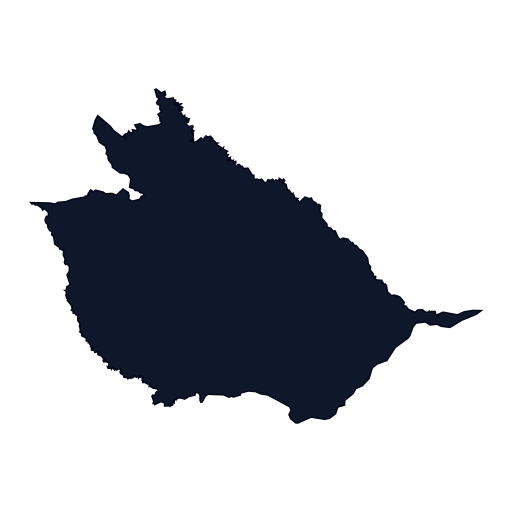 Maní, Casanare, Colombia
{"feature_id": "7082276B29021161154313", "entity_name": "Maní", "entity_type": "district", "adm_level": 2, "iso_a3": "COL", "parent_name": "Colombia", "parent_adm1": "Casanare", "projection": "mercator", "projection_center": [-72.273, 4.724], "detail": "fine", "context": "isolated", "style": "filled", "palette": "ink", "viewbox_px": 512, "rotation_deg": 0, "n_neighbors": 0, "source": "geoboundaries", "source_scale": "gbopen_adm2", "svg_char_len": 6016}
<svg xmlns="http://www.w3.org/2000/svg" viewBox="0 0 512 512"><path d="M289.0,414.7L290.7,418.8L295.9,423.0L298.2,422.9L311.1,417.1L324.6,419.3L329.5,418.3L335.6,413.7L337.7,407.1L344.6,405.1L344.7,400.4L353.2,393.5L355.8,388.6L362.5,385.6L369.1,378.5L372.2,368.1L376.8,364.2L386.9,360.5L395.3,347.4L407.8,338.3L409.9,335.6L412.8,327.2L416.0,323.1L425.4,321.9L430.1,325.0L437.0,324.2L441.3,326.3L450.1,327.4L461.6,320.3L476.2,314.3L481.3,310.6L473.1,310.4L464.2,311.8L457.4,314.8L443.0,312.2L437.9,314.4L438.6,315.1L436.3,314.9L438.0,316.0L437.0,316.4L435.8,315.3L435.3,311.8L434.1,311.2L433.7,312.0L431.8,311.3L431.0,312.2L429.2,311.1L428.6,312.1L425.8,312.3L422.2,309.6L417.6,310.0L415.2,312.3L408.5,309.4L405.7,305.9L403.3,306.2L404.2,302.3L400.0,297.1L396.9,295.7L396.5,296.9L394.9,295.1L391.4,295.5L387.5,291.9L386.4,285.1L385.4,285.1L385.1,283.9L383.8,284.8L382.9,282.2L381.7,281.9L381.9,280.4L376.9,279.9L375.2,278.8L375.7,276.5L373.1,276.2L373.3,273.9L370.1,269.7L370.5,266.7L368.4,264.1L367.6,258.2L362.3,250.7L359.2,249.3L356.3,245.6L354.2,245.4L352.7,242.6L350.8,242.5L347.8,239.1L342.9,238.1L340.1,239.7L337.6,236.6L335.2,230.9L332.8,231.0L330.8,228.1L327.0,227.2L327.0,224.2L321.6,217.9L321.9,213.6L319.9,211.4L320.5,205.4L318.9,204.3L316.8,204.8L316.5,203.4L312.6,200.9L311.4,198.0L309.1,198.6L305.0,197.0L300.1,201.7L300.5,202.8L299.7,202.7L298.4,200.8L296.6,200.3L298.0,198.6L294.7,197.8L293.8,194.9L292.7,194.7L293.0,193.4L291.8,194.0L289.0,190.0L287.4,189.8L286.0,184.4L283.1,182.7L284.7,180.7L283.6,179.1L282.6,180.4L279.2,178.4L278.7,180.8L275.8,179.9L274.6,181.5L272.5,179.2L270.9,180.3L268.0,179.7L266.4,182.7L264.1,182.2L261.6,179.1L259.9,180.0L257.1,179.1L254.1,179.6L253.8,175.2L252.4,175.3L247.9,168.1L243.6,168.6L242.3,166.3L241.4,166.7L239.3,164.5L237.4,164.8L237.1,166.4L234.9,165.9L235.1,164.4L233.6,163.3L235.9,162.9L235.7,161.3L233.2,162.1L233.3,160.3L231.6,160.9L230.5,159.2L229.6,160.7L227.9,160.8L227.6,159.7L229.8,159.5L230.4,157.3L227.9,158.3L227.0,157.0L228.3,154.7L226.5,154.4L225.9,152.7L227.5,151.3L223.1,149.0L223.4,147.6L220.6,150.0L221.2,147.5L217.1,144.9L216.6,143.8L217.7,143.1L216.3,143.0L213.3,140.2L210.6,141.2L209.8,139.9L212.7,138.7L210.5,136.2L208.0,137.0L206.0,136.0L206.0,137.2L204.5,137.2L203.8,140.0L201.0,137.9L196.8,141.4L193.4,142.6L193.5,139.2L191.5,139.9L192.0,141.5L190.3,141.2L190.4,139.5L192.6,138.7L193.3,136.8L193.3,133.4L191.8,132.9L193.7,131.2L190.7,130.9L193.0,130.3L192.0,129.1L193.1,126.8L192.6,125.7L189.1,126.5L186.9,125.2L186.6,122.2L188.3,122.1L189.2,118.7L185.3,119.3L186.5,117.8L185.0,117.8L184.7,115.4L183.2,116.5L180.9,112.7L180.5,113.9L179.0,113.9L178.8,112.2L182.3,110.0L181.2,109.0L180.7,110.5L179.5,110.5L177.9,108.5L179.1,107.3L179.6,109.1L182.7,107.7L181.7,106.7L177.5,106.7L176.5,105.4L180.2,105.0L181.2,103.9L178.9,104.2L178.0,102.7L177.1,104.0L174.9,103.9L176.4,102.5L174.5,102.0L175.6,100.1L173.8,99.8L173.4,97.9L166.8,99.0L164.3,97.3L163.5,95.6L164.9,95.8L165.7,94.6L164.8,91.2L161.2,92.9L156.2,89.0L154.9,89.6L157.1,97.4L159.2,98.3L156.5,102.7L157.4,104.4L160.0,105.3L159.8,109.2L161.5,111.9L158.0,114.3L159.8,117.3L160.1,121.1L162.1,122.9L158.8,124.9L147.3,126.9L143.4,125.9L139.9,123.7L134.8,125.0L137.5,129.4L136.0,130.5L132.4,129.7L133.3,132.9L129.7,132.4L128.7,131.0L125.2,139.0L124.1,136.7L126.6,134.9L126.6,133.8L125.2,134.0L122.3,137.1L113.5,130.5L110.4,126.4L97.8,115.6L95.3,120.2L92.8,129.0L93.8,129.4L94.2,132.9L96.9,135.6L99.4,142.2L106.0,146.6L105.6,147.7L107.1,150.1L106.1,153.8L107.8,155.4L108.4,159.8L111.9,164.3L112.5,167.4L120.1,172.9L124.4,173.2L128.4,174.9L130.8,179.0L129.6,187.4L133.8,188.6L134.9,190.4L138.3,190.8L140.3,192.7L143.1,193.1L143.9,195.5L141.4,196.4L139.5,199.4L132.2,201.1L128.7,199.2L129.2,195.7L128.3,192.6L123.0,189.0L116.4,195.1L111.8,193.4L105.6,193.8L103.0,192.0L95.6,190.2L93.3,191.8L90.6,189.9L87.9,194.1L88.1,195.5L85.8,196.1L86.7,196.7L72.0,199.4L66.0,201.6L57.8,202.4L55.3,204.0L49.5,203.0L30.7,202.6L32.0,204.1L33.4,203.5L35.0,204.9L37.5,205.1L41.6,208.0L42.8,210.1L44.2,208.5L48.1,212.0L48.7,215.9L46.3,216.4L45.0,220.1L45.7,222.7L47.5,224.0L48.0,227.6L49.7,230.6L52.1,231.7L51.6,234.8L53.7,236.6L54.7,244.1L59.0,247.1L59.8,249.0L63.6,250.4L63.3,255.2L65.1,258.8L64.4,262.7L65.6,264.6L67.1,263.8L69.5,266.8L69.2,271.6L67.0,274.9L70.2,284.6L66.9,286.7L66.1,290.5L65.0,290.5L66.4,291.6L65.9,295.7L66.8,298.4L68.1,298.9L67.3,300.3L72.6,307.0L71.8,307.0L72.3,309.0L71.3,310.1L73.3,311.4L73.2,313.2L74.6,313.0L76.2,315.1L77.6,314.9L77.9,320.7L80.3,324.3L79.5,325.3L80.4,330.5L79.7,331.7L82.1,333.7L81.6,335.7L86.4,338.2L86.2,340.9L88.3,340.9L88.2,342.4L89.4,341.9L89.3,343.6L90.8,345.1L90.5,346.8L92.8,347.4L92.5,348.9L91.5,348.2L91.4,350.0L94.6,350.7L94.8,352.4L97.8,351.7L98.0,354.6L101.5,355.9L104.1,359.4L103.1,360.2L103.5,361.2L104.8,360.8L104.2,361.8L106.8,361.8L109.0,363.0L108.7,365.6L109.7,365.8L109.1,367.1L107.4,366.6L108.1,368.3L111.1,368.2L111.5,369.2L112.4,367.6L114.7,369.9L115.0,368.9L116.7,370.0L116.8,369.2L120.8,368.9L120.4,370.9L121.5,371.1L120.2,371.9L120.6,373.5L123.4,375.0L123.9,377.2L127.9,377.9L127.9,378.7L129.9,377.7L131.0,378.3L131.3,377.3L132.7,377.8L134.2,376.7L134.2,375.4L136.4,377.3L138.3,376.2L138.5,377.9L139.9,376.1L140.4,377.1L141.4,376.4L143.0,377.8L142.0,378.2L143.2,379.6L142.0,380.1L143.0,380.9L142.7,382.5L144.6,382.4L149.4,384.8L149.2,386.4L149.9,386.0L152.6,388.0L157.7,389.0L158.4,390.5L156.1,392.4L154.9,395.5L152.8,395.1L151.9,396.3L153.7,401.1L153.1,403.5L155.0,403.5L154.9,404.5L161.0,401.6L164.7,403.1L164.5,406.0L168.6,405.9L168.9,404.9L170.0,406.3L170.8,404.9L171.6,405.6L172.8,404.8L172.3,402.4L174.2,403.0L174.3,399.6L176.5,399.8L177.2,398.4L179.7,397.8L184.8,399.1L185.1,397.9L186.5,398.2L188.7,396.5L194.9,395.2L195.5,392.5L198.3,392.8L200.0,394.7L200.0,400.3L200.9,402.3L202.4,401.7L205.2,396.3L207.8,394.3L223.5,394.8L229.1,397.2L231.0,396.3L233.4,397.0L240.3,395.0L240.9,393.0L248.3,391.0L255.6,391.6L260.9,393.9L267.6,394.9L289.6,406.7L291.2,410.0L289.0,414.7Z" fill="#0f172a" stroke="#020617" stroke-width="1.5"/></svg>